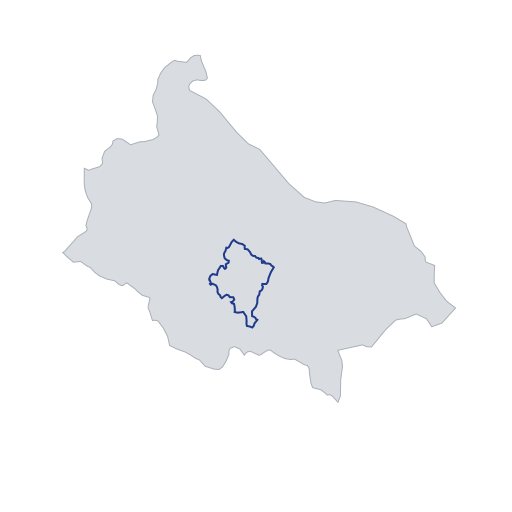 location of Stara Zagora within Bulgaria, rotated 38°
{"feature_id": "BGR-2233", "entity_name": "Stara Zagora", "entity_type": "Province", "adm_level": 1, "iso_a3": "BGR", "parent_name": "Bulgaria", "parent_adm1": "", "projection": "mercator", "projection_center": [25.503, 42.404], "detail": "fine", "context": "in_parent", "style": "outline", "palette": "blue", "viewbox_px": 512, "rotation_deg": 38, "n_neighbors": 0, "source": "natural_earth", "source_scale": "10m", "svg_char_len": 3889}
<svg xmlns="http://www.w3.org/2000/svg" viewBox="0 0 512 512"><g transform="rotate(38 256 256)"><path d="M410.6,320.8L402.4,319.4L399.6,319.8L397.7,321.8L393.9,321.4L389.2,321.5L384.3,323.8L381.6,324.8L377.9,322.6L371.1,316.3L367.0,311.8L363.9,310.7L360.8,312.0L349.8,313.5L347.2,316.1L342.1,319.0L337.0,320.3L329.7,321.3L325.8,321.2L323.6,322.5L321.8,326.7L320.6,330.8L319.5,332.4L310.3,334.5L308.3,336.8L307.7,339.1L307.9,341.4L300.6,339.2L295.0,340.6L293.7,342.4L292.5,344.9L293.1,347.6L295.2,350.2L297.2,357.2L297.9,364.2L296.7,368.2L292.5,371.0L283.8,374.2L275.4,372.7L271.7,373.9L265.5,374.3L259.8,375.1L251.0,378.0L243.0,379.7L235.9,373.8L227.4,369.9L218.5,367.5L215.4,369.2L214.1,370.6L206.7,365.4L203.3,363.6L201.7,361.6L198.6,354.7L196.8,354.5L190.6,357.0L184.7,356.9L181.1,356.4L170.6,356.7L169.2,361.4L167.9,362.2L165.6,362.8L159.9,362.5L152.8,366.0L145.0,368.1L139.0,368.2L132.8,367.1L129.1,367.9L121.1,368.3L116.0,373.3L108.1,373.0L101.4,372.2L102.3,370.6L103.6,350.4L106.9,341.3L106.7,339.5L106.0,338.1L103.1,336.6L101.0,331.7L96.6,318.8L94.2,316.2L87.3,313.5L81.2,309.7L76.1,304.8L66.7,292.6L71.5,291.4L72.9,288.9L77.6,282.2L78.2,278.9L77.7,277.0L74.5,273.8L72.3,266.7L74.0,260.1L74.1,256.7L72.5,253.3L74.2,249.1L77.6,246.8L79.7,246.1L88.7,245.6L94.4,237.2L97.8,234.5L101.4,229.7L103.0,228.0L104.6,224.2L105.1,220.4L98.0,215.1L95.6,211.0L92.4,206.6L88.1,203.5L79.5,198.2L76.1,192.8L74.6,185.8L72.3,180.5L69.8,177.1L69.3,174.3L68.3,170.8L68.0,164.0L70.1,155.0L71.4,151.8L74.3,150.9L82.1,146.1L82.5,139.9L83.9,136.0L86.4,133.8L88.6,132.3L92.9,135.9L103.2,141.7L108.2,145.8L108.0,148.4L105.6,151.0L101.1,153.5L98.5,156.8L97.8,160.9L98.5,163.8L101.6,166.4L120.1,163.0L138.9,164.8L164.2,170.4L180.9,172.3L193.3,169.7L216.2,174.4L237.5,178.8L258.0,180.1L269.4,176.7L277.5,172.0L284.4,163.3L301.6,151.8L318.1,145.3L339.9,140.1L354.4,138.3L356.4,140.1L374.9,150.7L383.1,150.7L389.8,152.6L392.2,155.4L393.9,156.1L402.7,153.5L406.7,159.3L412.8,167.4L423.2,171.5L432.5,173.9L435.4,174.3L445.3,174.1L443.8,194.3L438.0,203.6L429.1,200.5L417.9,203.1L411.9,213.7L408.5,216.9L405.5,220.6L403.5,234.3L403.0,256.7L398.7,259.5L394.8,260.3L378.5,280.0L387.9,285.5L392.1,289.7L398.9,301.3L408.7,314.4L410.6,320.8Z" fill="#d9dde1" stroke="#a8b0b8" stroke-width="1"/><path d="M235.5,277.2L232.8,277.1L230.4,275.3L229.4,273.9L228.9,272.1L228.9,271.0L227.5,267.7L228.6,267.3L229.2,265.7L228.2,259.8L228.5,256.9L231.6,257.1L234.8,256.5L237.9,255.0L240.9,254.9L241.8,256.3L242.8,257.3L245.3,255.9L248.5,256.5L251.7,257.9L253.7,257.7L255.1,256.6L256.2,256.8L257.2,257.1L258.3,256.6L259.2,256.0L260.3,256.5L261.7,254.8L262.7,255.3L263.8,256.7L265.0,257.7L265.9,256.8L265.4,255.3L266.8,255.4L267.9,256.1L268.9,255.5L270.0,254.5L272.2,253.5L273.3,253.9L274.4,254.0L275.7,253.8L277.0,254.0L277.7,259.6L279.4,265.5L281.1,268.8L281.4,271.7L278.2,274.1L278.9,275.4L280.3,275.9L281.3,277.8L281.5,279.8L280.7,281.5L282.4,284.6L282.4,286.6L283.2,288.5L286.0,292.4L287.2,296.1L286.9,302.1L290.0,305.8L291.8,305.2L293.6,305.1L294.9,305.7L296.4,305.5L296.3,310.1L297.2,312.3L297.1,314.6L294.5,315.4L291.9,316.7L290.2,315.3L288.6,313.0L285.4,309.5L281.1,308.2L280.6,307.9L279.7,308.5L279.1,309.4L276.5,311.9L273.7,313.3L272.3,311.2L269.8,308.6L268.1,307.2L266.2,308.1L264.7,307.7L265.6,306.4L265.7,305.0L265.6,303.6L263.5,302.5L260.6,304.6L258.6,303.9L256.6,304.7L255.7,307.3L255.1,310.2L254.5,310.1L253.8,310.2L253.1,310.0L252.4,309.4L252.0,309.1L251.3,309.0L250.0,309.1L247.8,308.1L246.3,305.9L244.0,304.3L242.1,303.8L240.0,304.4L238.9,304.5L238.0,306.5L236.9,306.3L237.1,305.2L236.4,304.6L235.5,304.2L234.8,303.5L234.3,303.8L233.2,302.9L232.3,299.6L233.0,296.8L235.1,295.9L236.9,294.9L235.5,292.2L234.8,290.4L234.7,288.4L234.4,285.5L236.1,284.2L238.3,285.2L239.4,285.3L239.8,284.2L239.5,283.1L238.7,282.7L237.3,281.1L238.5,278.2L237.5,276.5L235.5,277.2Z" fill="none" stroke="#1e3a8a" stroke-width="2"/></g></svg>